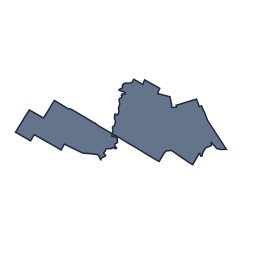 Galbinasi, Calarasi, Romania, rotated 209°
{"feature_id": "2599482B621131645392", "entity_name": "Galbinasi", "entity_type": "district", "adm_level": 2, "iso_a3": "ROU", "parent_name": "Romania", "parent_adm1": "Calarasi", "projection": "equal_earth", "projection_center": [26.45, 44.33], "detail": "fine", "context": "isolated", "style": "filled", "palette": "slate", "viewbox_px": 256, "rotation_deg": 209, "n_neighbors": 0, "source": "geoboundaries", "source_scale": "gbopen_adm2", "svg_char_len": 3944}
<svg xmlns="http://www.w3.org/2000/svg" viewBox="0 0 256 256"><g transform="rotate(209 128 128)"><path d="M146.6,173.5L146.6,172.5L146.5,171.4L146.4,170.8L146.6,169.9L147.1,169.4L148.2,168.1L148.4,168.0L149.1,167.5L149.9,167.1L150.8,166.7L151.3,166.5L152.3,165.8L153.1,164.9L153.4,164.2L153.5,163.6L153.6,163.0L153.3,162.1L152.4,161.0L152.3,160.4L153.9,158.4L154.3,156.9L154.3,156.7L148.7,157.6L147.6,157.7L147.1,156.1L148.2,155.8L149.7,155.0L149.0,154.1L148.7,153.9L149.6,153.3L149.1,153.0L148.9,152.6L148.6,152.0L148.5,151.8L148.4,151.5L148.8,150.9L149.5,149.9L149.7,149.3L149.6,148.5L148.8,147.3L147.6,146.0L147.2,145.5L146.7,144.4L146.2,142.0L145.9,140.6L145.5,140.0L144.7,139.2L144.2,138.6L144.0,137.9L143.6,136.7L143.5,135.9L143.5,134.9L144.0,133.9L145.8,134.2L146.0,134.0L146.1,133.8L146.2,133.3L145.6,132.0L145.3,131.4L144.9,130.9L144.7,130.1L143.8,129.3L142.2,127.7L141.9,127.3L141.8,126.8L141.4,125.1L141.3,124.5L141.1,123.9L141.1,123.4L141.7,122.2L142.0,121.5L141.6,120.3L141.5,120.2L140.6,119.5L139.8,118.7L139.8,117.7L139.6,117.0L139.4,116.3L139.3,115.3L153.8,115.6L157.0,115.8L158.4,116.2L162.2,116.2L162.9,116.4L163.1,116.4L163.5,116.3L164.5,116.3L186.6,116.9L187.1,116.6L187.7,116.6L188.3,116.6L188.7,116.5L189.4,116.0L189.8,115.9L190.2,115.8L198.8,116.2L205.8,116.4L206.0,111.7L206.3,102.6L206.4,101.6L206.5,99.6L206.7,95.8L215.1,95.9L223.1,96.0L223.2,93.8L223.3,91.5L223.4,90.7L223.6,86.3L224.0,76.6L224.4,69.8L207.0,69.5L206.8,76.7L202.9,76.7L198.3,76.6L189.2,76.6L181.4,76.5L176.9,76.3L175.8,76.3L175.9,83.0L155.9,84.1L153.8,84.8L153.4,85.0L150.4,86.4L145.6,88.5L143.3,89.4L142.0,89.8L141.3,89.8L140.9,89.7L140.4,89.5L139.9,89.3L138.5,88.4L137.4,87.5L137.1,87.3L136.5,87.1L136.6,87.4L136.5,88.2L136.4,89.3L135.7,90.3L134.9,91.5L134.3,92.4L134.2,92.9L134.3,93.2L135.5,93.6L136.4,94.0L136.9,94.1L137.4,94.8L137.3,95.2L136.8,95.9L136.7,96.3L137.0,98.9L136.8,99.1L135.8,100.0L134.7,100.7L133.8,101.2L133.0,101.6L132.5,101.9L132.1,102.3L131.9,102.9L131.5,103.6L131.3,103.8L130.8,103.9L130.3,103.9L129.4,103.6L128.9,103.7L128.6,104.0L128.4,104.2L128.3,104.7L128.3,104.9L128.4,105.1L128.7,105.3L129.3,105.4L130.1,105.6L130.7,105.9L131.1,106.2L131.3,106.7L131.5,107.3L131.5,108.0L131.3,108.5L130.9,108.9L130.2,109.9L130.2,110.2L130.4,110.7L131.3,112.2L131.7,112.9L132.2,113.4L132.7,113.7L133.1,113.8L133.7,113.8L134.4,113.9L135.0,114.0L135.9,114.2L136.4,114.2L136.7,114.1L136.8,114.0L136.8,113.7L136.9,113.3L137.1,113.0L137.3,112.9L137.7,112.8L137.8,112.8L138.0,112.9L138.5,113.6L138.7,114.0L139.0,114.8L138.9,115.1L138.2,115.2L135.8,115.3L132.2,115.2L130.8,115.3L127.6,115.1L124.3,115.0L123.4,114.9L122.6,114.9L116.5,114.7L111.2,114.7L110.5,114.6L110.4,114.6L109.6,114.6L109.4,114.6L105.6,114.4L104.7,114.4L102.8,114.3L101.9,114.2L100.1,114.1L98.1,114.1L95.0,114.0L92.9,113.9L88.0,113.8L84.6,113.7L84.5,113.8L84.4,116.9L84.2,123.9L83.4,126.5L81.0,128.1L79.1,129.4L78.9,129.5L71.9,128.7L68.6,128.4L61.8,127.8L58.1,127.4L53.9,127.3L53.6,127.3L53.6,129.0L53.6,130.3L53.6,131.4L53.5,132.3L53.5,133.2L53.5,133.9L53.5,136.6L53.5,138.3L53.5,138.8L53.5,139.2L53.6,139.7L53.4,140.1L53.2,140.4L53.0,140.5L52.6,140.2L50.7,138.6L49.7,139.6L50.1,140.6L50.6,142.7L50.6,144.8L50.6,148.0L50.0,148.7L48.1,151.1L46.5,153.2L48.0,155.6L47.1,155.4L45.7,155.0L43.5,154.3L42.9,154.1L42.4,153.9L41.9,153.6L41.1,153.3L40.8,153.2L40.5,153.1L40.4,153.1L40.2,153.1L39.8,153.1L39.7,153.1L38.3,153.7L37.6,154.0L37.4,154.1L36.8,154.0L36.6,154.0L34.3,155.4L33.8,155.8L32.2,156.7L31.6,157.0L33.1,157.8L35.3,159.0L36.6,159.6L41.3,162.2L48.8,166.1L50.9,167.2L51.4,167.7L51.8,167.9L52.4,168.0L59.3,171.7L61.6,173.0L62.6,173.7L66.9,177.2L67.3,177.6L74.4,183.0L76.1,181.3L82.1,186.5L90.7,177.6L96.9,171.2L96.7,171.1L96.2,170.4L95.8,169.6L99.7,167.3L100.6,168.7L101.7,170.3L102.7,171.4L104.6,173.6L106.1,175.2L106.4,175.7L118.8,172.5L119.5,178.1L136.8,178.2L136.2,173.3L138.9,173.3L145.2,173.4L146.6,173.5Z" fill="#64748b" stroke="#1e293b" stroke-width="1.5"/></g></svg>